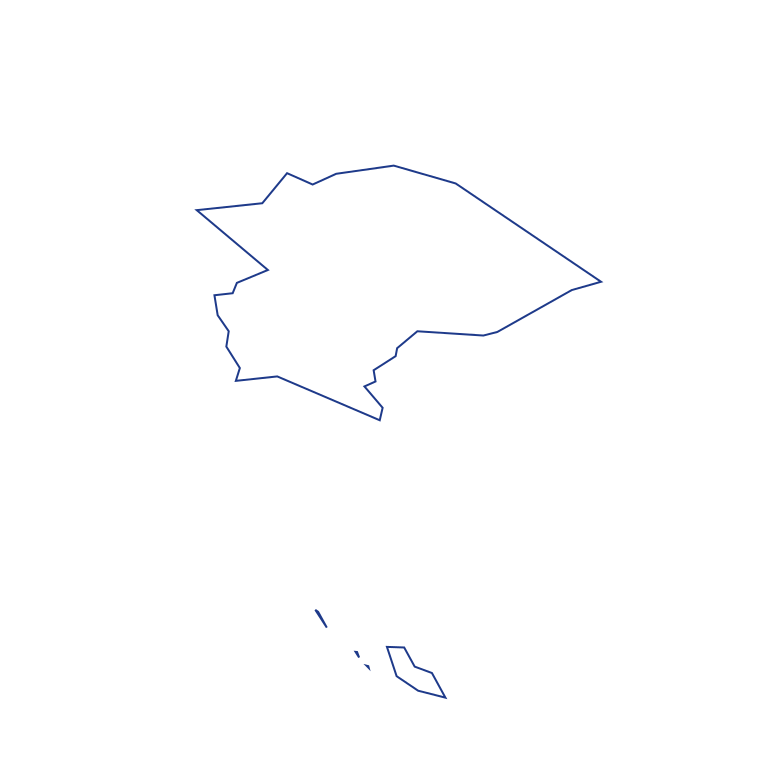 an SVG outline of Hadramawt, rotated 42°
{"feature_id": "YEM-3497", "entity_name": "Hadramawt", "entity_type": "Governorate", "adm_level": 1, "iso_a3": "YEM", "parent_name": "Yemen", "parent_adm1": "", "projection": "orthographic", "projection_center": [51.058, 15.554], "detail": "coarse", "context": "isolated", "style": "outline", "palette": "blue", "viewbox_px": 768, "rotation_deg": 42, "n_neighbors": 0, "source": "natural_earth", "source_scale": "10m", "svg_char_len": 769}
<svg xmlns="http://www.w3.org/2000/svg" viewBox="0 0 768 768"><g transform="rotate(42 384 384)"><path d="M476.9,162.8L460.7,188.5L433.4,269.5L425.4,281.5L373.5,322.5L369.8,348.6L374.0,355.5L367.1,380.7L376.0,387.8L371.1,398.9L398.9,402.6L405.1,413.8L299.6,449.8L271.8,480.8L266.2,468.6L241.8,461.7L233.3,448.7L214.4,444.2L198.6,431.5L210.8,417.8L207.0,407.3L221.4,377.0L128.5,380.1L172.6,331.1L170.9,292.2L197.5,283.5L207.8,259.8L245.1,215.2L303.1,187.0L476.9,162.8ZM613.0,566.7L639.5,576.0L614.6,589.1L588.9,592.7L562.1,577.4L575.3,566.3L595.9,573.5L613.0,566.7ZM487.5,597.4L504.5,603.3L484.1,597.8L487.5,597.4ZM543.3,601.2L548.5,603.9L542.1,602.1L543.3,601.2ZM559.6,605.0L561.1,604.2L562.6,605.2L559.6,605.0Z" fill="none" stroke="#1e3a8a" stroke-width="2"/></g></svg>